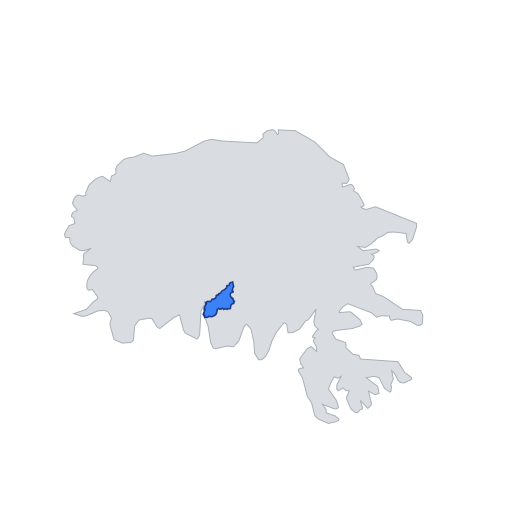 Hörgársveit, Norðurland eystra, Iceland (highlighted), rotated 202°
{"feature_id": "244011B22444435927366", "entity_name": "Hörgársveit", "entity_type": "district", "adm_level": 2, "iso_a3": "ISL", "parent_name": "Iceland", "parent_adm1": "Norðurland eystra", "projection": "orthographic", "projection_center": [-18.391, 65.624], "detail": "fine", "context": "in_parent", "style": "filled", "palette": "blue", "viewbox_px": 512, "rotation_deg": 202, "n_neighbors": 0, "source": "geoboundaries", "source_scale": "gbopen_adm2", "svg_char_len": 8233}
<svg xmlns="http://www.w3.org/2000/svg" viewBox="0 0 512 512"><g transform="rotate(202 256 256)"><path d="M372.3,148.8L376.1,148.9L382.3,145.7L391.0,136.9L394.7,134.8L403.4,134.3L393.2,143.1L389.8,152.2L387.0,156.7L387.2,158.6L395.0,163.6L398.5,161.6L400.1,162.2L401.7,164.7L403.0,169.7L402.7,175.0L400.8,180.4L398.1,185.0L398.6,186.3L401.0,186.9L413.4,183.5L415.2,189.9L416.4,191.9L416.2,194.1L411.7,201.4L417.3,196.6L421.9,195.1L430.0,196.7L433.4,199.0L435.7,203.3L439.5,201.6L441.5,204.0L441.8,206.7L440.6,214.2L436.1,218.2L439.3,223.3L441.7,223.3L442.3,224.4L442.2,227.6L438.8,231.6L445.2,235.3L446.1,236.7L446.1,241.5L445.2,244.3L443.5,246.0L439.1,246.6L436.5,248.5L437.7,251.3L437.4,259.4L434.3,266.2L431.3,269.9L428.2,272.4L419.1,270.4L419.8,276.1L416.8,279.8L417.6,282.6L418.8,284.0L418.5,287.8L414.9,295.8L412.1,298.5L406.5,301.8L398.5,309.3L390.0,309.6L369.5,320.6L361.4,326.4L347.0,343.2L340.8,347.6L330.1,350.0L297.6,361.2L294.0,367.6L293.8,369.0L295.3,371.5L292.9,376.0L287.9,379.4L285.6,379.3L281.5,376.6L281.0,377.9L282.6,381.3L266.5,386.9L244.2,383.7L224.6,375.5L209.0,373.5L198.4,362.1L198.2,360.4L199.4,357.1L203.4,355.8L201.7,352.4L194.8,358.0L192.7,357.7L190.0,355.3L190.0,353.0L184.5,351.9L175.3,344.5L174.7,342.9L177.0,340.7L176.6,340.2L171.4,340.3L163.7,346.4L119.3,346.4L118.0,342.9L117.0,330.2L118.9,325.0L120.7,325.6L125.4,333.1L137.4,329.8L142.4,327.4L147.2,320.8L149.8,318.7L153.9,310.2L157.7,305.0L165.3,302.9L158.7,301.0L147.3,307.4L143.7,307.2L145.5,304.2L149.5,301.0L146.9,300.6L146.0,299.0L146.1,295.8L148.3,290.6L161.7,282.0L158.8,280.1L149.5,286.7L142.8,288.8L137.7,285.2L135.4,280.7L135.7,278.8L139.2,273.4L138.7,272.3L136.6,271.6L131.3,266.1L122.2,266.0L100.2,261.4L82.9,267.2L79.1,263.5L76.5,256.2L77.4,253.5L80.4,252.2L88.6,253.1L100.9,250.7L106.6,247.0L108.7,248.2L109.6,250.3L117.2,247.7L121.3,244.4L127.8,246.6L152.9,246.2L156.4,241.6L158.0,236.0L157.5,234.8L148.0,239.5L146.0,239.3L135.6,235.9L132.0,232.5L133.4,230.1L139.3,225.0L154.0,216.9L156.1,215.1L156.4,213.0L151.0,208.8L140.4,209.3L137.9,204.5L129.4,201.2L123.4,202.5L120.5,199.6L84.9,211.2L74.3,203.6L66.4,201.7L65.9,199.6L71.1,193.7L74.4,192.9L77.5,193.7L83.2,198.7L87.3,200.5L82.6,193.5L82.9,187.3L81.4,185.5L80.2,181.2L81.0,179.9L87.2,181.4L96.6,189.4L101.7,188.5L108.4,184.4L94.3,180.7L90.4,174.6L93.8,172.0L101.1,172.9L93.7,162.5L93.5,160.8L95.2,156.6L105.2,161.2L100.2,155.0L100.2,153.7L101.8,152.7L102.9,149.2L105.6,148.1L110.6,149.7L118.1,157.0L119.1,158.9L119.0,165.8L122.2,164.9L125.9,166.2L129.3,161.7L131.4,163.0L132.8,167.2L132.0,176.3L134.4,173.3L138.2,173.3L139.2,165.8L138.9,159.8L127.2,152.1L122.8,146.7L123.4,145.0L125.9,143.7L138.7,143.3L133.4,140.0L132.3,136.9L122.6,137.4L117.9,135.8L117.9,134.2L120.0,132.1L126.1,127.9L137.1,128.2L141.5,129.8L149.4,140.6L156.0,145.2L166.7,159.8L173.9,165.5L174.2,166.9L172.9,168.4L169.9,170.1L174.2,172.8L176.7,176.5L176.8,178.1L173.8,189.2L170.9,192.7L164.0,190.3L165.5,193.9L170.3,198.0L171.3,200.2L170.4,202.2L172.8,201.7L173.5,202.9L172.1,209.3L170.8,211.5L174.9,213.0L177.6,216.3L180.5,229.3L182.8,219.5L184.0,215.9L185.7,214.6L188.2,204.6L193.1,198.9L197.5,196.8L201.8,204.0L205.0,204.8L208.7,192.5L209.4,183.4L208.7,173.4L209.6,166.2L211.9,162.0L214.8,160.8L220.8,165.2L225.7,175.3L233.2,186.3L238.6,189.1L239.6,188.8L240.6,185.3L240.1,171.0L242.7,163.5L249.1,161.7L258.7,154.8L261.0,154.6L265.6,158.7L274.1,173.0L280.2,179.7L283.4,190.3L284.9,192.3L286.2,189.0L286.3,184.2L278.9,162.3L278.8,159.3L279.5,156.9L292.7,158.0L295.7,160.4L304.9,172.9L309.4,167.7L318.1,152.7L321.1,153.1L328.9,158.9L331.9,158.3L340.6,152.7L342.3,145.8L338.1,131.8L339.6,128.9L347.6,125.1L356.5,125.5L366.1,138.2L366.7,144.2L372.3,148.8Z" fill="#d9dde1" stroke="#a8b0b8" stroke-width="1"/><path d="M259.0,205.9L259.5,206.0L259.8,205.9L260.0,206.0L260.1,206.5L260.6,206.6L260.9,206.7L261.1,207.0L261.0,207.4L261.1,207.7L261.4,208.0L261.8,208.0L262.5,207.8L263.1,208.1L263.1,208.3L263.1,208.5L263.3,208.5L263.8,208.6L264.2,208.9L264.5,209.0L264.7,209.4L264.9,209.6L265.0,209.7L265.0,209.8L265.2,210.1L265.5,211.0L265.6,211.7L265.6,211.9L265.6,212.0L265.4,212.4L264.2,213.4L263.9,213.7L263.9,213.9L263.9,214.0L263.7,214.3L263.9,214.6L264.0,214.6L264.4,214.7L264.7,214.7L265.2,214.9L265.1,215.2L265.1,215.4L265.1,215.5L265.1,215.8L265.1,216.0L265.2,216.3L265.3,216.6L265.4,216.9L265.5,217.4L265.5,217.8L265.5,218.2L265.3,218.8L265.3,219.0L265.3,219.6L265.6,219.9L265.9,220.2L266.2,220.5L266.4,220.8L267.4,222.4L267.8,223.2L269.1,222.2L269.6,221.7L270.0,221.3L270.3,220.8L270.3,220.6L270.3,220.3L269.9,219.4L269.9,219.2L269.9,218.9L270.0,218.7L270.4,218.3L270.6,218.2L271.6,217.9L271.8,217.8L272.0,217.6L272.0,217.3L271.5,216.2L271.5,215.9L271.4,215.6L271.5,215.3L271.9,214.6L272.3,213.9L272.4,213.2L272.5,212.9L272.9,212.5L273.3,212.1L273.6,211.8L274.1,211.5L274.3,211.2L274.4,210.8L274.4,210.6L274.4,210.4L274.6,210.3L274.7,209.7L274.8,209.3L274.8,208.9L274.8,208.7L275.2,208.3L275.2,208.1L275.3,207.9L275.7,207.7L275.7,207.4L275.8,207.2L276.2,207.1L276.4,207.1L276.5,207.1L276.6,206.8L276.6,206.5L276.4,206.2L276.4,205.9L276.4,205.7L276.4,205.4L276.5,205.3L276.6,205.2L277.0,205.2L277.3,205.3L277.6,205.1L277.9,204.9L278.0,204.8L278.1,204.1L277.9,203.6L277.7,203.4L277.7,202.7L277.7,202.4L277.9,202.1L277.8,201.9L277.7,201.7L277.8,201.6L278.0,201.2L278.4,201.0L278.6,200.9L278.8,200.6L279.1,200.1L279.2,199.8L279.5,200.0L280.1,199.9L280.6,199.5L280.8,199.1L280.8,198.9L280.8,198.7L280.8,198.4L280.8,198.0L280.8,197.6L280.8,197.4L280.9,196.9L281.0,196.6L282.2,196.5L282.7,196.3L282.9,196.2L283.5,195.8L284.0,195.8L284.1,195.7L284.3,195.3L284.3,195.2L284.5,195.0L284.6,194.9L284.6,194.7L284.7,194.4L284.7,194.2L284.8,194.0L284.7,193.9L284.8,193.9L284.7,193.8L284.8,193.8L284.8,193.7L285.0,193.6L285.3,193.7L285.2,193.5L285.0,193.3L285.0,193.2L284.9,193.1L284.8,192.9L284.7,192.9L284.6,192.7L284.5,192.8L284.4,192.7L284.2,192.5L284.3,192.3L284.2,192.1L284.4,191.9L284.4,191.7L284.5,191.4L284.4,191.4L284.3,191.2L284.3,190.9L284.3,190.7L284.2,190.3L284.2,190.2L284.3,190.1L284.6,189.6L284.4,189.5L284.3,189.3L284.4,189.2L284.4,188.9L284.4,188.7L284.3,188.3L284.2,188.3L284.4,188.2L284.5,188.3L284.6,188.2L284.2,187.9L284.1,187.7L284.0,187.4L283.9,187.4L284.0,187.4L284.0,187.5L284.1,187.8L283.9,187.7L284.0,188.0L283.9,187.8L283.5,187.7L283.5,187.4L283.4,187.2L283.5,187.1L283.3,187.0L283.1,186.9L283.2,186.6L283.6,186.8L283.8,187.0L283.7,186.8L283.3,186.5L283.2,186.4L283.3,186.2L283.2,186.0L283.3,186.0L283.2,185.9L283.2,185.7L283.2,185.2L283.2,184.9L283.1,184.7L283.2,184.4L283.2,184.5L283.2,184.3L283.2,184.2L283.2,183.8L283.1,183.6L283.1,183.3L282.9,182.8L283.0,182.8L283.0,182.7L282.9,182.8L282.9,182.7L283.0,182.7L282.9,182.7L283.0,182.6L283.1,182.3L282.8,182.0L282.7,181.9L282.3,181.6L282.1,181.3L282.1,181.2L281.8,181.1L281.7,181.3L281.4,181.3L281.0,181.3L280.8,181.1L280.8,180.9L280.8,180.7L280.7,180.5L280.7,180.3L280.7,180.2L280.8,180.0L280.6,179.8L280.5,180.0L280.3,180.1L279.7,180.4L278.4,180.6L277.4,181.7L277.5,182.0L277.5,182.3L277.3,182.4L276.7,182.3L276.4,182.5L276.0,182.6L275.4,182.8L274.6,183.0L274.3,183.2L274.1,183.2L274.0,183.3L273.9,183.3L273.6,183.7L273.0,184.8L272.9,184.8L272.4,184.9L272.4,185.0L272.2,185.3L272.2,185.5L271.8,185.9L271.7,186.1L271.6,186.3L271.4,186.4L271.4,186.5L271.6,186.9L271.4,187.3L271.2,187.5L271.2,187.9L271.1,188.4L271.2,188.6L271.3,188.8L271.5,188.9L271.6,189.1L271.3,189.5L271.4,190.0L271.5,190.2L271.6,190.6L271.5,190.8L271.6,191.0L271.8,191.6L272.0,191.7L271.6,192.3L271.4,192.7L271.2,193.1L271.2,193.4L270.6,193.3L270.1,193.1L270.0,193.4L269.7,193.6L269.3,193.4L269.1,193.4L268.7,193.6L268.4,193.6L268.0,194.4L267.7,195.1L267.3,195.1L267.2,195.0L267.1,194.9L266.3,194.6L265.8,194.4L265.5,195.0L265.2,195.2L265.0,195.3L264.7,195.3L264.6,195.6L264.5,195.8L264.1,195.8L263.7,195.7L263.3,195.8L262.9,195.7L262.9,195.9L262.8,196.2L262.8,196.3L262.7,196.3L262.3,196.4L262.1,196.7L262.1,196.9L261.3,196.9L261.0,197.0L260.2,197.5L260.0,197.8L260.3,198.5L260.4,199.1L260.5,199.5L260.6,199.9L260.8,200.2L260.9,200.7L260.8,201.0L260.6,201.3L260.5,201.5L260.7,201.8L260.8,201.9L260.7,202.0L259.4,203.4L259.2,203.4L259.3,203.9L259.4,204.0L259.2,204.3L258.9,204.4L259.1,204.8L259.0,205.9Z" fill="#3b82f6" stroke="#1e3a8a" stroke-width="1.5"/></g></svg>